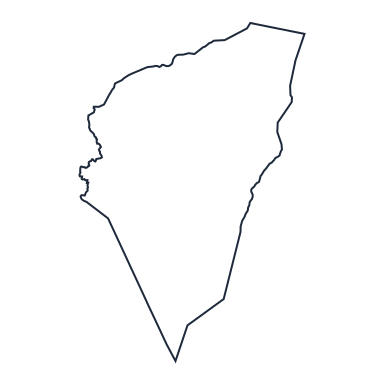 the district of Nuevo Zoquiápam, Oaxaca, Mexico
{"feature_id": "50627088B31400461246224", "entity_name": "Nuevo Zoquiápam", "entity_type": "district", "adm_level": 2, "iso_a3": "MEX", "parent_name": "Mexico", "parent_adm1": "Oaxaca", "projection": "mercator", "projection_center": [-96.664, 17.249], "detail": "fine", "context": "isolated", "style": "outline", "palette": "slate", "viewbox_px": 384, "rotation_deg": 0, "n_neighbors": 0, "source": "geoboundaries", "source_scale": "gbopen_adm2", "svg_char_len": 2649}
<svg xmlns="http://www.w3.org/2000/svg" viewBox="0 0 384 384"><path d="M86.5,201.9L108.1,218.4L146.6,301.5L147.0,302.5L158.2,326.3L166.7,344.5L166.8,344.7L175.5,361.0L187.5,325.3L207.4,310.9L223.7,299.0L240.0,234.0L240.5,231.9L240.6,229.0L240.6,226.6L242.2,220.8L244.7,216.6L245.2,215.0L246.0,213.2L247.4,211.3L248.0,209.5L248.0,208.2L248.5,206.6L249.1,205.7L249.4,204.7L249.7,202.1L250.6,200.7L251.9,199.1L252.7,196.7L252.7,194.9L252.3,193.7L251.2,191.6L251.4,189.3L251.9,188.6L253.1,187.6L254.3,186.5L255.2,184.8L256.9,183.0L258.7,182.2L259.0,181.6L259.4,180.7L260.6,175.9L261.7,174.7L264.0,170.8L265.0,169.7L266.5,168.0L267.8,166.1L269.6,163.7L271.9,162.5L272.5,161.6L273.9,160.3L275.4,158.0L277.6,156.9L279.5,155.6L280.0,153.8L281.0,151.0L281.9,149.7L281.8,147.9L281.5,144.2L277.3,132.0L277.7,122.6L291.7,102.1L292.0,97.4L290.5,95.2L290.1,85.8L295.5,60.4L304.5,33.9L250.3,23.0L247.0,28.4L224.7,40.1L213.9,40.7L211.0,42.6L209.3,43.1L205.2,46.5L203.0,47.3L194.5,54.0L188.7,53.2L183.4,54.6L178.0,54.8L176.7,55.2L175.0,56.6L174.4,57.4L173.8,58.3L173.2,59.4L172.3,62.7L172.0,63.7L171.3,64.3L170.2,65.2L169.1,65.9L167.2,66.1L166.2,66.1L165.0,65.5L163.9,65.1L162.9,64.8L161.9,65.0L161.3,65.9L159.5,67.0L158.5,66.6L157.7,66.1L156.0,65.9L154.9,66.0L153.2,66.5L148.2,67.0L146.6,67.4L131.5,73.8L128.4,75.3L124.1,78.1L121.7,80.3L116.1,82.9L114.9,83.7L114.0,87.6L112.0,90.0L110.8,92.2L109.3,94.6L104.0,104.5L99.0,106.8L93.8,106.7L93.6,108.0L94.7,109.3L93.9,112.3L88.4,115.5L88.1,119.5L89.0,121.8L89.4,125.0L89.1,126.4L89.2,128.0L89.8,128.9L90.0,130.1L91.3,131.6L92.3,132.3L94.0,134.3L94.3,135.8L94.9,136.7L96.1,137.5L96.1,138.6L97.0,139.3L96.7,140.4L96.7,142.3L97.2,143.7L98.4,143.5L99.8,144.8L100.9,146.9L100.0,148.1L99.0,149.3L99.3,150.9L100.0,151.7L100.0,153.4L101.5,155.7L101.9,157.4L100.2,158.3L97.4,158.8L96.3,159.0L96.0,160.1L95.7,161.0L95.2,161.5L94.6,161.2L93.8,160.5L92.9,159.4L92.2,159.2L91.8,159.5L91.6,160.2L91.1,161.0L90.4,161.1L89.8,161.5L89.0,161.9L88.7,162.4L88.8,164.5L89.3,165.2L89.2,165.8L88.2,166.1L87.5,167.2L86.6,167.6L85.4,167.9L85.1,167.4L84.4,167.1L83.0,167.2L81.9,166.6L81.1,166.6L80.6,167.1L80.3,168.3L80.2,170.6L80.2,171.9L80.5,172.5L79.7,174.1L79.5,175.1L79.8,176.3L81.2,176.4L82.1,176.5L82.0,177.4L81.6,178.2L81.8,179.1L82.1,179.3L82.3,179.4L82.5,179.4L82.9,179.5L83.7,179.3L84.4,179.1L85.3,180.3L87.4,180.1L86.9,182.9L88.2,182.7L87.8,184.0L87.5,185.7L88.0,187.5L87.4,188.5L87.7,190.6L86.9,191.4L86.3,192.0L86.0,192.3L85.7,193.0L85.1,194.7L84.8,195.5L83.6,195.4L82.9,195.2L81.6,195.2L81.0,195.7L80.6,196.4L80.8,197.3L81.6,199.0L82.3,199.7L83.3,200.4L84.3,201.0L86.5,201.9Z" fill="none" stroke="#1e293b" stroke-width="2"/></svg>